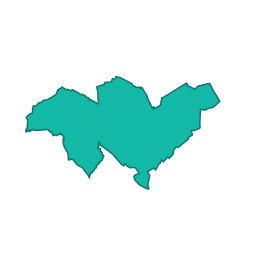 outline of Fagaras, Brasov, Romania, rotated 246°
{"feature_id": "2599482B59919238366937", "entity_name": "Fagaras", "entity_type": "district", "adm_level": 2, "iso_a3": "ROU", "parent_name": "Romania", "parent_adm1": "Brasov", "projection": "robinson", "projection_center": [24.974, 45.842], "detail": "fine", "context": "isolated", "style": "filled", "palette": "teal", "viewbox_px": 256, "rotation_deg": 246, "n_neighbors": 0, "source": "geoboundaries", "source_scale": "gbopen_adm2", "svg_char_len": 5659}
<svg xmlns="http://www.w3.org/2000/svg" viewBox="0 0 256 256"><g transform="rotate(246 128 128)"><path d="M187.6,61.3L187.3,60.9L187.0,60.0L186.7,58.7L187.2,56.7L187.2,56.2L186.4,55.0L185.9,53.6L185.8,51.9L186.0,51.1L186.7,50.5L186.4,50.4L184.6,48.7L183.4,48.3L180.6,46.8L180.8,44.2L180.1,41.6L179.1,39.4L178.2,39.4L176.1,39.7L174.7,39.3L173.0,37.8L172.0,37.6L170.7,36.9L169.2,35.9L168.3,34.5L166.9,33.4L166.0,33.3L165.7,34.0L166.1,34.5L166.4,35.7L166.2,36.6L165.7,36.2L165.1,36.1L164.7,36.6L165.0,37.3L165.8,37.9L165.5,38.4L164.9,39.0L165.6,39.6L165.5,40.4L164.6,41.0L163.8,41.4L163.8,41.9L161.6,46.8L161.1,49.2L160.7,50.4L160.2,51.6L159.6,52.8L159.4,54.0L158.7,54.6L157.9,54.6L156.9,54.8L156.3,55.3L155.9,56.0L155.3,55.9L154.7,56.2L153.7,56.4L152.8,56.6L151.7,56.4L151.6,56.8L151.3,57.1L151.5,57.6L151.4,58.1L151.0,58.9L150.5,59.7L150.0,60.0L150.2,60.4L150.2,61.0L150.4,62.0L150.0,62.5L149.8,63.2L150.3,63.3L150.8,63.8L150.7,64.0L149.7,64.1L148.7,64.9L148.2,64.9L146.2,65.8L143.3,64.7L144.2,64.3L141.5,63.0L140.7,62.8L139.5,62.4L137.7,62.3L137.2,62.1L134.4,62.3L132.4,62.3L131.7,62.7L131.1,62.9L129.3,62.7L127.7,62.4L126.6,62.0L125.3,61.3L125.0,61.3L124.3,60.9L123.0,60.7L122.9,61.3L122.8,62.0L122.3,63.5L122.3,64.0L121.9,64.5L121.5,64.8L120.8,65.2L120.5,65.2L120.4,65.2L119.8,65.4L119.5,65.4L119.2,65.3L118.9,65.4L118.2,65.8L116.5,66.1L113.3,67.6L112.7,68.1L111.3,69.6L110.7,70.0L109.6,70.4L108.0,70.8L107.0,70.8L106.5,70.9L103.8,71.7L102.9,72.1L102.3,72.2L101.6,72.4L98.5,72.4L98.8,72.7L100.0,73.7L100.8,74.7L101.0,74.9L101.3,75.0L101.8,75.1L102.0,75.6L102.0,75.8L101.6,76.4L101.6,76.8L101.7,77.2L101.9,77.5L102.0,77.5L102.3,77.5L102.5,77.8L102.6,78.0L102.7,78.4L102.6,78.9L102.7,79.2L102.8,79.3L103.7,80.3L103.8,80.5L104.0,80.7L104.3,81.1L104.5,81.5L104.6,81.9L104.6,82.2L104.5,82.6L104.6,82.9L105.7,83.4L106.3,83.9L106.4,84.1L106.5,84.4L106.5,84.8L106.6,85.1L107.0,85.4L107.1,85.6L107.2,86.5L107.3,86.7L107.5,87.0L107.9,87.2L108.1,87.4L108.2,87.6L108.1,88.3L108.2,88.5L108.6,88.7L108.7,88.8L108.7,89.1L108.9,89.4L108.9,90.0L109.0,90.7L109.0,91.0L109.3,91.5L109.5,91.7L109.9,91.9L110.3,92.2L110.3,92.3L110.3,92.5L110.6,92.8L110.9,93.1L111.3,93.4L111.5,93.7L112.2,94.2L112.5,94.5L112.9,94.5L114.2,93.8L114.5,93.7L114.8,93.7L115.7,94.1L115.9,94.2L116.3,94.1L116.5,94.0L116.6,93.9L117.0,94.0L117.2,93.8L117.4,93.7L117.7,93.7L117.8,93.5L118.0,93.4L118.3,93.4L119.6,93.9L119.9,94.1L120.4,94.2L120.5,94.1L120.6,93.9L120.6,93.7L120.9,93.3L121.3,92.8L121.9,92.4L122.4,92.4L122.5,92.4L122.7,92.6L122.8,92.8L122.8,93.1L122.7,93.3L122.7,93.5L122.8,93.6L123.2,93.9L123.5,94.0L123.9,94.2L124.3,94.6L124.6,95.0L124.8,95.1L125.1,95.0L125.2,94.5L125.3,94.4L125.5,94.4L126.2,95.1L126.7,95.7L126.9,96.1L124.7,96.2L123.7,96.2L122.7,96.2L122.2,96.4L122.1,96.5L121.7,97.1L121.3,97.4L120.4,97.8L118.7,98.7L118.0,99.2L117.4,99.6L115.9,100.1L115.4,100.7L114.8,101.1L114.3,101.3L114.1,101.4L113.1,101.6L112.0,102.4L111.1,103.0L109.6,103.5L109.2,103.7L108.7,103.8L107.7,104.1L106.9,104.4L106.2,104.5L105.6,104.8L104.7,105.0L104.4,105.1L103.3,105.4L101.5,106.1L100.9,106.3L100.1,106.3L99.9,106.4L99.9,106.6L99.7,106.7L97.7,107.0L97.4,107.2L97.0,107.7L96.3,108.5L95.4,108.7L95.2,108.7L95.3,108.9L95.6,109.3L95.8,109.6L96.2,109.8L96.5,110.1L96.7,110.3L96.3,111.1L94.7,111.3L93.8,111.6L93.1,112.0L91.3,113.4L90.8,114.0L90.5,114.4L90.4,114.7L90.3,115.4L90.2,115.8L89.3,117.4L88.6,118.6L81.8,119.8L81.8,119.4L82.1,117.1L82.1,116.4L82.0,115.8L81.8,115.0L81.5,113.8L80.1,113.4L78.8,113.2L77.5,113.3L75.8,113.7L74.4,114.2L72.9,114.8L70.8,115.9L68.1,117.9L67.4,118.3L67.0,118.6L64.3,121.3L63.9,122.3L66.6,122.8L68.4,123.1L68.7,123.3L74.0,127.3L75.8,128.6L80.2,128.0L80.9,135.3L78.6,136.1L78.8,136.6L81.4,139.9L82.6,141.9L82.8,142.4L82.6,142.8L82.6,143.0L83.7,143.9L85.1,145.6L82.7,146.4L85.3,152.6L83.5,153.4L85.9,158.7L87.6,159.8L88.5,159.8L90.7,163.5L90.7,164.4L90.3,165.7L90.1,166.5L90.1,167.2L90.8,169.4L93.4,178.8L94.7,178.9L95.0,180.9L95.4,184.0L96.8,184.3L97.9,184.3L100.2,184.8L98.6,187.5L98.9,187.9L98.6,192.1L98.9,194.0L102.9,195.4L115.5,201.8L114.0,204.4L113.5,204.7L113.1,205.6L113.1,205.9L112.9,206.7L113.2,208.2L113.3,209.1L112.3,213.6L113.1,217.0L114.2,220.3L115.0,222.7L121.6,222.0L126.0,221.3L127.8,221.1L135.4,220.7L136.1,218.4L136.3,217.6L137.1,212.2L137.7,210.1L137.5,207.8L136.8,206.5L136.1,205.0L139.2,202.5L142.7,199.4L142.8,199.8L143.2,199.8L143.6,200.1L145.2,199.6L141.8,174.5L141.6,172.5L141.9,171.5L141.3,171.6L140.9,170.8L139.2,169.3L137.9,168.4L136.5,167.7L135.8,166.9L135.3,164.5L134.9,160.2L136.8,160.1L136.7,159.8L134.8,159.8L134.7,159.3L136.1,159.2L136.0,158.3L137.6,158.3L145.7,158.0L148.0,158.0L148.7,158.5L159.5,157.1L159.2,155.5L159.8,155.2L160.5,155.5L161.5,152.3L163.5,150.9L164.0,150.3L164.0,149.9L167.0,149.6L167.2,149.3L176.9,141.7L179.8,138.0L178.6,137.0L178.3,136.0L179.1,134.1L178.6,132.9L178.1,132.9L176.9,130.9L179.1,125.5L177.6,124.3L178.0,119.0L178.4,116.4L177.4,115.9L173.8,115.2L171.9,114.6L169.6,113.7L167.3,112.7L164.2,111.6L162.4,111.1L162.4,109.8L164.2,109.2L165.5,108.1L166.3,107.2L167.0,107.1L168.3,105.9L169.1,105.6L168.9,104.6L170.0,104.1L170.6,104.5L171.9,104.0L172.1,103.2L172.7,103.1L173.3,102.5L174.1,102.0L174.8,102.0L175.5,101.3L175.9,101.3L176.3,100.5L177.5,100.0L177.5,98.6L177.9,98.0L178.8,97.7L180.1,97.0L180.6,97.0L182.5,94.7L183.3,94.7L184.2,93.5L185.0,93.5L185.6,92.3L185.1,92.1L185.1,90.9L187.7,88.8L188.2,87.4L189.2,86.2L189.8,86.2L190.5,85.3L192.1,84.7L192.1,84.3L191.7,82.4L191.7,81.2L191.4,80.6L191.4,79.5L190.3,78.6L190.1,78.0L189.6,77.6L188.6,76.9L187.4,74.1L187.6,73.2L187.1,71.3L186.9,68.9L186.9,68.0L186.6,67.5L186.9,64.5L187.5,63.1L187.6,61.3Z" fill="#14b8a6" stroke="#0f766e" stroke-width="1.5"/></g></svg>